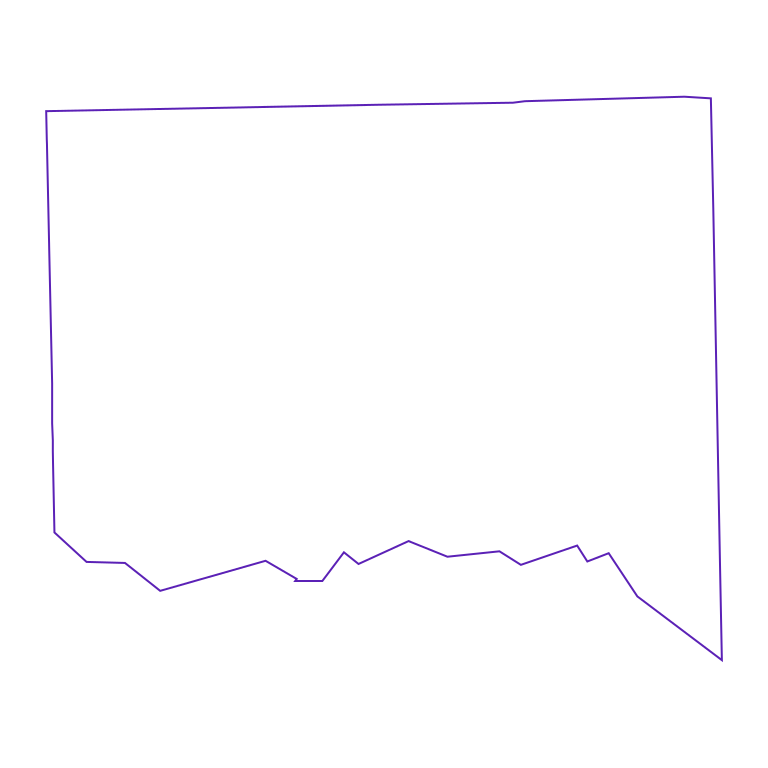 the district of St. Helena, Louisiana, United States of America, rotated 269°
{"feature_id": "52423323B72303975114408", "entity_name": "St. Helena", "entity_type": "district", "adm_level": 2, "iso_a3": "USA", "parent_name": "United States of America", "parent_adm1": "Louisiana", "projection": "orthographic", "projection_center": [-90.753, 30.825], "detail": "fine", "context": "isolated", "style": "outline", "palette": "violet", "viewbox_px": 768, "rotation_deg": 269, "n_neighbors": 0, "source": "geoboundaries", "source_scale": "gbopen_adm2", "svg_char_len": 631}
<svg xmlns="http://www.w3.org/2000/svg" viewBox="0 0 768 768"><g transform="rotate(269 384 384)"><path d="M203.0,584.2L210.9,605.7L167.2,633.6L102.0,717.0L197.0,716.8L553.6,716.3L663.9,715.8L666.0,689.4L664.3,529.9L663.0,517.9L663.3,383.5L662.7,51.0L636.1,51.1L634.6,51.1L629.8,51.2L627.7,51.2L529.9,51.6L525.8,51.6L390.1,52.2L350.5,51.5L333.3,51.9L322.5,51.7L316.2,51.7L309.8,51.7L241.3,51.9L211.3,83.5L209.6,121.9L181.1,156.6L209.3,262.5L190.6,293.3L188.6,291.8L188.1,318.9L216.4,341.0L204.5,355.4L226.5,405.8L210.2,444.4L214.7,496.5L200.8,517.7L219.1,574.3L203.0,584.2Z" fill="none" stroke="#5b21b6" stroke-width="2"/></g></svg>